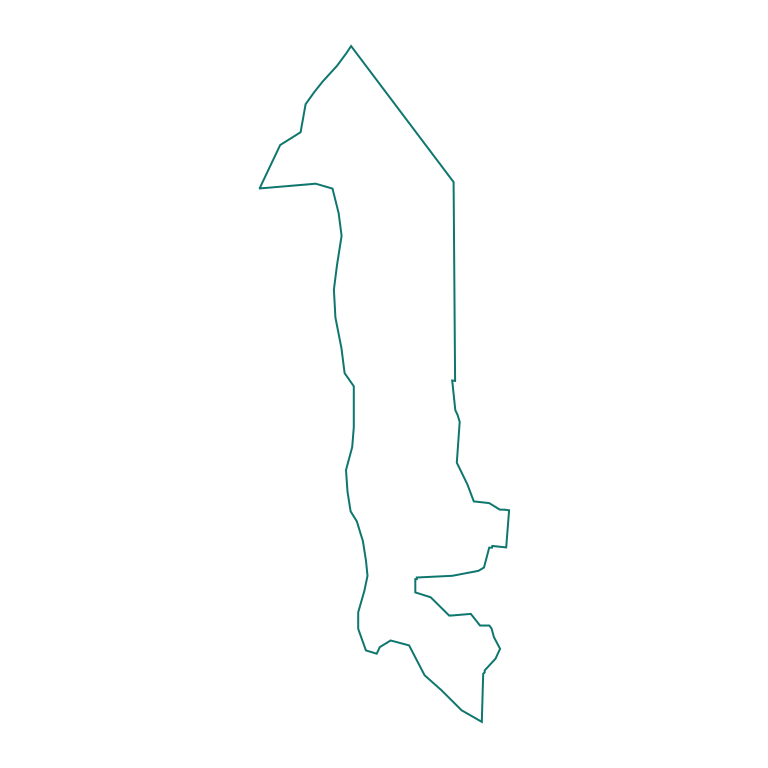 the district of Serakhs, Ahal, Turkmenistan
{"feature_id": "10190150B96789976776616", "entity_name": "Serakhs", "entity_type": "district", "adm_level": 2, "iso_a3": "TKM", "parent_name": "Turkmenistan", "parent_adm1": "Ahal", "projection": "equal_earth", "projection_center": [61.378, 36.209], "detail": "fine", "context": "isolated", "style": "outline", "palette": "teal", "viewbox_px": 768, "rotation_deg": 0, "n_neighbors": 0, "source": "geoboundaries", "source_scale": "gbopen_adm2", "svg_char_len": 1118}
<svg xmlns="http://www.w3.org/2000/svg" viewBox="0 0 768 768"><path d="M258.9,188.5L315.6,183.7L332.5,188.6L338.6,213.0L341.6,235.8L337.0,265.1L333.9,289.6L335.4,317.4L341.5,348.5L344.6,373.1L353.8,386.3L353.8,427.3L352.2,447.1L346.0,470.1L347.5,491.6L350.6,511.3L356.8,521.3L362.9,541.1L366.0,560.9L367.5,575.8L364.4,590.7L358.2,612.3L358.2,628.8L365.9,650.4L376.7,653.7L379.8,647.1L390.6,640.5L409.1,645.4L424.6,675.3L441.5,690.3L461.6,710.3L481.8,721.9L483.2,673.7L484.7,672.4L484.7,670.4L495.5,658.7L500.1,648.8L493.9,637.1L491.6,628.6L489.3,625.5L480.0,625.5L470.8,613.9L450.7,615.6L450.5,615.4L449.2,615.6L430.7,597.3L415.3,592.4L415.3,579.1L416.8,579.1L416.8,577.5L452.3,575.8L478.5,570.8L484.0,567.5L489.2,547.7L492.0,547.7L492.3,546.0L506.2,547.4L509.1,510.3L504.6,509.7L500.0,509.7L498.7,508.9L498.4,508.9L498.0,508.5L489.2,503.1L473.8,501.4L467.4,484.4L456.8,462.7L459.7,421.9L457.6,415.0L455.3,410.1L452.2,380.5L455.1,380.9L453.6,182.1L351.1,46.1L346.2,53.4L337.1,65.7L322.6,81.6L314.1,92.3L305.6,104.2L300.6,132.2L280.2,145.0L259.6,188.4L258.9,188.5Z" fill="none" stroke="#0f766e" stroke-width="2"/></svg>